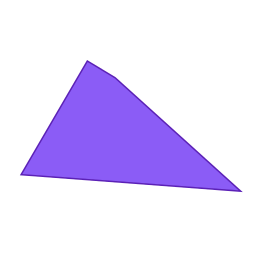 map outline of Pointe La Rue (Albers equal-area conic projection), rotated 357°
{"feature_id": "SYC-5217", "entity_name": "Pointe La Rue", "entity_type": "state/province", "adm_level": 1, "iso_a3": "SYC", "parent_name": "Seychelles", "parent_adm1": "", "projection": "albers", "projection_center": [55.516, -4.673], "detail": "fine", "context": "isolated", "style": "filled", "palette": "violet", "viewbox_px": 256, "rotation_deg": 357, "n_neighbors": 0, "source": "natural_earth", "source_scale": "10m", "svg_char_len": 225}
<svg xmlns="http://www.w3.org/2000/svg" viewBox="0 0 256 256"><g transform="rotate(357 128 128)"><path d="M90.9,59.0L117.8,77.2L237.2,197.0L18.8,169.0L90.9,59.0Z" fill="#8b5cf6" stroke="#5b21b6" stroke-width="1.5"/></g></svg>